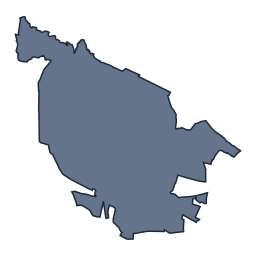 the district of Temascalcingo, México, Mexico
{"feature_id": "50627088B73169899113331", "entity_name": "Temascalcingo", "entity_type": "district", "adm_level": 2, "iso_a3": "MEX", "parent_name": "Mexico", "parent_adm1": "México", "projection": "mercator", "projection_center": [-100.025, 19.931], "detail": "fine", "context": "isolated", "style": "filled", "palette": "slate", "viewbox_px": 256, "rotation_deg": 0, "n_neighbors": 0, "source": "geoboundaries", "source_scale": "gbopen_adm2", "svg_char_len": 5515}
<svg xmlns="http://www.w3.org/2000/svg" viewBox="0 0 256 256"><path d="M84.1,40.1L83.4,40.0L81.9,39.5L80.4,40.6L80.3,40.9L80.5,41.3L80.4,41.6L79.4,41.9L79.3,42.4L79.2,42.7L78.9,42.8L78.5,42.6L77.3,44.3L77.5,44.8L77.6,46.3L76.8,47.3L76.6,48.8L76.1,48.8L75.9,49.0L75.3,52.1L74.7,52.4L74.1,53.0L73.8,52.7L74.6,51.5L73.7,50.1L73.8,48.8L73.6,48.0L72.7,46.4L72.4,45.3L72.0,44.7L70.7,44.4L70.0,44.0L69.7,43.8L69.2,43.2L68.8,42.9L67.2,42.0L66.6,42.1L66.3,42.3L66.4,42.7L66.8,43.3L67.7,44.5L67.8,45.1L67.5,45.5L67.2,45.6L66.4,45.1L65.8,44.1L65.3,43.7L63.4,42.6L62.3,42.5L61.3,42.9L60.1,42.5L59.8,42.1L59.6,41.0L58.6,40.4L58.4,40.0L57.9,39.9L57.0,39.7L55.9,39.0L55.6,38.6L55.4,38.1L55.4,37.7L55.6,36.7L55.2,36.0L54.6,35.7L54.2,35.6L51.9,36.1L50.9,36.4L49.8,36.4L49.2,36.2L48.8,35.9L48.4,35.2L48.3,34.8L48.2,34.2L48.3,33.8L49.1,32.6L49.0,32.3L47.7,31.6L45.9,31.1L45.4,31.1L42.9,32.0L42.3,32.4L40.8,31.8L40.1,31.0L37.8,30.4L36.6,29.8L36.4,29.4L36.4,29.0L36.7,28.3L36.5,27.8L36.1,27.6L35.6,27.4L33.4,27.1L32.8,26.8L31.9,27.5L31.6,28.0L31.3,27.8L30.6,26.9L30.0,25.3L29.6,23.6L29.0,23.2L28.1,23.2L28.0,22.4L25.7,19.7L25.3,18.6L25.4,17.4L25.2,17.1L25.0,16.9L24.6,16.8L23.7,16.8L22.7,17.0L21.5,17.5L21.4,17.4L20.2,17.9L19.8,18.4L20.6,19.2L20.0,22.1L19.8,23.8L19.1,28.9L18.4,32.6L18.8,35.0L15.4,34.4L17.0,40.6L16.8,40.8L16.3,41.1L16.9,41.8L17.5,43.3L17.7,44.5L17.4,46.5L16.2,50.4L16.4,51.7L18.4,54.4L17.9,55.2L17.9,56.8L18.4,59.8L19.5,60.7L22.6,61.6L27.3,61.8L27.8,60.8L28.7,59.8L29.3,59.8L30.9,59.2L31.6,58.7L33.0,56.8L33.9,56.8L35.8,57.5L38.9,57.8L39.5,57.0L41.4,56.3L42.8,56.3L43.5,55.6L44.4,56.6L44.9,57.8L45.0,59.0L45.2,59.6L45.8,59.7L46.2,60.1L47.5,59.4L49.4,59.9L50.6,60.5L51.2,61.0L44.1,69.3L41.4,75.8L40.8,77.9L40.2,79.2L38.3,82.6L38.3,85.7L38.5,88.0L38.6,90.6L38.6,91.0L39.0,91.3L39.0,91.5L38.7,111.0L39.0,114.5L39.1,123.4L39.2,136.8L39.4,141.5L39.9,142.1L41.3,143.0L42.4,143.1L48.6,145.1L48.9,148.0L50.0,152.4L52.7,154.7L55.2,159.8L55.7,161.1L56.9,163.3L57.9,165.5L58.1,165.6L58.9,167.8L59.9,169.5L62.7,174.1L70.7,179.4L89.1,189.0L92.3,190.2L92.5,188.8L94.4,189.2L95.5,190.0L95.5,190.4L95.3,191.3L95.7,191.7L94.9,193.2L94.9,194.6L94.8,195.1L95.8,195.5L95.5,196.6L92.4,196.1L89.7,195.4L88.2,194.8L87.3,194.5L85.9,194.2L81.9,193.7L80.8,193.4L75.2,191.4L74.3,191.3L71.8,191.8L72.1,192.7L72.6,192.8L76.9,204.5L76.6,205.1L76.7,205.6L80.5,205.2L81.7,205.4L83.8,206.4L88.4,209.3L89.7,210.4L90.3,211.2L92.1,214.6L92.5,215.1L93.1,215.6L93.7,215.9L97.4,216.9L98.4,217.0L100.0,217.0L101.0,212.0L101.9,208.4L103.4,201.3L105.9,218.2L106.3,218.3L108.5,217.9L108.3,214.0L107.6,213.8L107.7,212.6L108.4,208.9L109.2,205.2L113.5,206.8L113.5,207.0L115.2,208.6L115.3,209.8L115.1,210.7L113.2,219.2L113.2,221.5L113.4,222.2L114.2,223.1L118.8,227.6L120.5,231.0L121.1,231.8L121.9,232.4L120.1,235.5L125.9,238.6L127.1,239.1L127.9,239.2L133.1,239.0L133.3,233.7L147.9,231.2L164.2,231.5L164.5,229.9L169.2,232.9L169.8,233.2L183.6,231.6L183.4,227.9L183.9,219.7L181.9,218.9L182.6,214.8L196.2,222.3L196.4,221.7L196.8,221.1L198.5,220.3L199.5,219.4L195.2,217.4L200.2,206.6L192.5,204.0L192.8,199.0L193.2,198.8L194.5,198.5L195.5,197.6L196.1,197.5L196.2,197.9L195.9,198.5L195.8,199.1L195.8,199.3L196.1,199.8L196.6,200.5L197.7,201.0L199.3,202.4L200.1,202.8L200.9,202.3L202.3,202.3L204.6,203.4L205.3,203.6L205.8,203.6L206.1,203.4L206.3,202.8L206.1,201.1L206.3,200.5L206.5,198.5L206.3,199.1L206.2,199.1L207.5,192.7L196.6,195.7L188.4,196.8L181.5,197.1L179.8,197.6L179.0,197.4L177.7,196.9L177.1,196.4L176.3,195.4L175.6,194.8L175.4,194.6L175.1,194.4L174.6,194.3L173.8,194.0L173.5,193.7L173.1,193.6L172.5,193.8L172.1,193.9L171.3,193.7L170.7,192.8L170.5,192.3L170.6,192.1L171.1,191.6L172.0,191.1L172.9,190.3L173.0,189.5L175.2,183.1L175.6,183.1L176.8,179.2L177.4,176.8L178.0,175.1L183.7,176.9L199.5,181.2L205.7,181.9L205.6,172.0L205.7,169.6L203.5,162.5L210.9,164.3L211.2,163.0L211.1,162.5L212.1,161.1L211.7,160.2L213.4,159.5L214.9,156.1L218.2,151.6L219.1,150.6L220.0,150.5L221.2,150.7L221.8,150.6L222.5,150.9L222.6,151.1L222.9,151.3L223.0,151.5L223.7,151.8L224.0,152.1L224.5,152.2L225.6,152.6L226.0,153.0L226.4,153.0L226.6,153.2L226.9,153.0L227.1,153.3L227.4,153.0L227.7,153.1L228.7,153.6L229.2,154.3L230.0,154.8L230.8,155.2L231.8,156.2L233.9,157.1L234.1,157.0L238.2,152.6L239.6,151.7L240.6,150.8L235.2,147.1L234.8,146.5L231.6,145.1L229.9,143.3L229.4,142.9L228.5,142.6L227.4,141.8L227.2,141.6L227.0,141.3L226.6,141.2L226.2,140.8L225.5,139.8L223.8,137.7L222.4,136.9L221.7,136.1L219.5,134.5L214.2,130.9L210.8,127.1L205.8,120.7L205.3,120.8L202.6,121.2L200.9,121.7L199.3,122.3L198.5,122.9L195.3,123.8L190.4,129.9L186.8,129.9L181.6,127.6L180.7,128.3L178.2,128.3L177.0,129.0L175.8,128.7L175.6,125.8L176.0,124.7L176.2,122.8L176.3,120.0L175.9,116.5L176.2,114.8L173.7,110.1L172.0,108.3L171.6,107.5L169.9,102.9L167.8,95.8L168.8,95.4L170.4,92.2L138.2,76.4L139.7,75.0L133.6,72.2L130.9,71.1L129.8,70.3L128.5,69.9L128.1,69.6L127.6,69.6L127.4,69.4L127.0,69.3L126.6,69.2L126.4,68.9L125.7,68.7L125.5,69.0L125.0,69.1L124.0,69.9L123.0,70.5L122.5,70.9L122.5,71.0L121.9,70.9L121.2,70.9L120.9,70.7L120.5,70.6L119.3,69.8L118.9,69.8L118.3,69.6L117.0,68.6L115.5,68.2L114.2,67.7L113.8,67.3L110.4,65.5L108.8,64.8L105.6,63.7L103.7,62.7L100.8,62.4L100.5,62.2L100.4,61.2L98.4,60.4L94.9,58.2L94.4,57.6L93.3,55.5L93.9,54.2L93.1,53.7L92.5,53.5L92.0,53.9L91.1,53.3L90.9,53.6L90.3,53.2L89.8,52.4L89.7,52.4L89.2,51.9L89.7,51.3L89.3,50.9L89.1,50.6L89.2,50.4L88.7,49.9L88.5,50.0L87.9,49.4L87.2,50.0L86.6,48.9L86.2,45.3L84.1,41.4L84.0,40.9L84.1,40.1Z" fill="#64748b" stroke="#1e293b" stroke-width="1.5"/></svg>